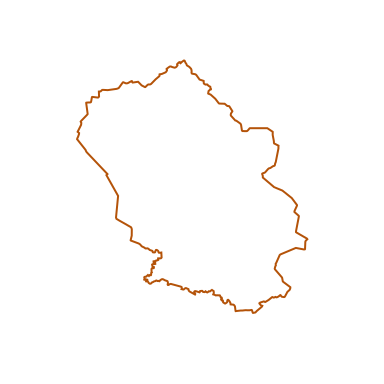 an SVG outline of Tomsk, rotated 40°
{"feature_id": "RUS-2167", "entity_name": "Tomsk", "entity_type": "Region", "adm_level": 1, "iso_a3": "RUS", "parent_name": "Russia", "parent_adm1": "", "projection": "orthographic", "projection_center": [83.174, 58.364], "detail": "fine", "context": "isolated", "style": "outline", "palette": "amber", "viewbox_px": 384, "rotation_deg": 40, "n_neighbors": 0, "source": "natural_earth", "source_scale": "10m", "svg_char_len": 5965}
<svg xmlns="http://www.w3.org/2000/svg" viewBox="0 0 384 384"><g transform="rotate(40 192 192)"><path d="M215.1,94.0L215.4,94.3L217.1,96.4L222.0,100.4L223.0,101.5L223.7,102.0L228.5,100.9L229.0,101.6L230.3,103.2L236.9,115.2L237.4,116.8L238.2,118.2L238.3,118.7L238.1,119.2L237.4,120.3L236.6,123.2L235.7,124.5L235.5,125.6L235.4,129.8L235.3,130.3L235.2,130.6L234.3,132.0L234.0,132.8L234.4,133.3L235.7,134.0L237.0,135.4L251.8,135.5L260.3,132.8L272.3,132.5L280.8,134.5L281.0,134.7L281.2,135.0L282.7,140.5L283.2,141.4L283.6,141.5L288.8,141.6L289.4,141.8L290.0,142.8L296.9,155.2L297.5,155.9L298.0,155.9L310.0,153.8L310.7,154.0L310.5,156.2L310.6,156.8L310.9,157.4L315.3,163.1L315.3,163.4L314.8,164.0L307.5,168.1L299.9,182.9L299.7,183.9L302.1,192.2L302.2,193.1L302.5,193.5L303.4,194.3L303.6,195.4L304.6,197.5L305.2,197.9L315.7,199.6L316.2,199.8L319.0,202.1L319.6,202.2L328.5,201.7L328.7,201.9L329.3,202.8L329.7,204.2L329.3,207.2L330.3,211.9L330.4,212.5L330.3,213.0L330.0,213.4L328.1,214.5L327.1,214.4L326.2,214.1L325.9,214.2L325.8,214.5L325.6,215.7L325.4,216.6L324.7,218.1L324.3,218.5L323.4,218.7L322.8,219.9L322.4,220.4L321.0,220.9L320.9,221.3L320.1,225.4L318.9,229.0L318.7,229.3L317.6,229.5L317.3,229.7L315.3,232.9L315.1,233.9L315.3,234.1L317.4,234.5L318.2,234.4L319.0,234.0L319.2,234.5L319.2,235.3L318.1,241.5L318.0,243.5L316.5,245.4L315.9,245.3L313.9,244.0L313.4,244.1L312.1,245.6L308.7,248.4L306.9,250.3L305.3,251.7L302.0,255.2L301.8,255.1L298.4,252.0L297.0,251.6L296.1,251.7L293.8,253.3L292.7,252.3L291.0,251.6L289.3,251.3L288.9,251.4L288.7,251.8L288.7,252.1L288.9,252.6L289.6,253.5L289.7,254.0L289.6,254.6L289.2,256.0L288.8,256.3L286.8,256.5L285.6,255.4L285.4,255.3L284.7,255.9L283.5,255.7L283.3,255.6L283.2,255.4L283.5,254.5L282.8,253.9L282.4,253.8L281.7,254.2L279.9,253.3L279.1,253.7L278.5,254.4L277.9,254.7L277.4,255.1L276.8,255.9L275.5,256.2L274.1,256.8L274.0,256.5L273.8,255.8L273.6,255.3L272.3,254.0L270.3,254.2L270.2,254.2L270.1,254.5L269.6,256.7L268.7,257.2L268.5,258.6L268.3,259.1L267.9,259.3L266.2,259.4L266.2,259.5L266.2,260.2L266.0,260.6L264.8,261.4L264.4,261.4L263.6,261.1L263.3,261.2L261.9,262.6L262.3,263.7L262.3,264.0L258.5,265.6L258.0,266.0L257.8,266.5L257.8,266.9L258.0,267.2L259.7,267.8L260.1,268.1L260.2,268.6L254.0,269.8L252.8,269.6L251.7,268.7L249.1,269.5L248.8,269.9L248.5,270.6L248.3,272.0L247.9,272.4L246.4,273.1L246.2,272.3L245.3,271.7L245.1,271.5L244.2,271.7L234.9,276.0L234.4,276.5L233.7,278.4L233.2,278.7L232.7,278.4L232.3,277.5L231.9,277.0L231.3,276.5L230.5,276.1L230.1,276.2L228.1,277.0L226.1,277.4L225.5,277.7L225.1,278.0L224.5,279.4L224.4,279.8L224.4,281.0L224.3,281.4L223.4,281.7L222.8,282.4L221.7,282.6L221.4,282.9L221.2,283.8L220.4,284.8L220.1,285.9L219.5,286.9L219.4,287.3L219.5,287.8L219.5,288.2L218.9,289.2L218.5,289.4L217.3,289.5L215.7,288.9L215.4,289.0L214.6,289.8L214.3,290.0L214.1,289.9L214.0,289.5L214.4,288.7L214.5,288.3L214.3,288.0L213.9,288.0L212.5,288.7L212.0,289.8L211.9,289.9L211.7,289.8L211.7,289.4L211.6,289.1L210.4,288.2L210.2,287.9L210.3,287.5L210.5,287.1L211.3,286.3L211.6,283.9L213.0,284.0L213.0,282.8L213.9,282.3L214.0,282.2L214.0,281.9L213.8,281.6L212.7,280.1L212.7,279.9L212.9,279.4L212.1,278.9L210.7,277.3L210.4,276.8L210.4,276.2L211.6,275.0L211.6,274.8L211.5,274.5L211.0,274.0L210.2,274.5L209.9,274.6L208.1,273.3L208.1,273.0L208.5,272.6L208.7,272.2L208.5,271.7L208.6,271.3L209.0,271.0L209.7,271.2L210.1,270.7L209.1,269.7L207.9,270.6L207.4,270.2L207.1,269.8L208.6,268.1L208.6,267.9L208.5,267.6L208.6,267.4L209.5,266.5L209.8,265.9L209.8,265.6L209.1,265.2L208.7,264.6L210.5,263.1L210.7,262.9L210.9,262.3L210.8,261.7L207.4,258.1L206.6,259.1L205.6,259.8L205.2,259.7L204.4,259.1L203.7,258.9L202.8,258.9L202.0,259.2L201.7,259.5L201.7,259.8L202.0,261.0L202.4,261.7L202.4,261.9L202.3,262.2L201.8,262.7L200.9,263.3L200.6,263.3L199.8,262.7L199.4,262.6L196.8,263.6L195.6,263.5L194.6,263.6L194.1,263.8L192.9,265.0L192.4,265.2L191.4,265.2L188.4,265.9L185.9,265.5L184.3,265.7L176.4,268.5L176.0,268.4L173.9,264.2L169.8,259.2L168.7,258.5L167.9,258.2L154.7,260.6L151.4,261.1L150.2,260.4L137.9,242.5L115.6,234.1L115.7,232.6L85.7,229.2L84.3,228.7L83.5,228.2L70.0,225.4L69.6,224.5L69.3,223.2L68.2,220.2L67.6,219.4L65.7,219.4L63.9,211.9L62.8,210.2L61.5,209.7L61.4,208.8L62.0,200.4L62.0,199.5L61.7,199.1L53.8,191.9L53.6,191.6L54.1,190.9L56.3,189.0L56.6,188.6L56.8,188.2L56.4,187.2L54.5,183.9L54.4,183.4L54.7,183.1L59.3,180.1L59.5,178.7L56.1,174.9L57.3,173.7L57.6,171.5L58.4,170.8L62.0,168.1L67.9,161.5L68.6,160.4L69.0,159.5L69.0,158.6L68.6,153.2L68.6,152.6L68.7,152.2L69.1,152.0L71.4,151.3L72.4,150.5L73.0,149.5L73.9,147.1L74.4,145.9L74.8,145.7L75.6,146.3L76.2,146.3L79.6,142.5L79.9,142.2L84.9,142.7L88.5,141.9L88.8,141.6L89.1,138.6L89.4,137.7L90.8,136.5L91.0,136.0L91.2,135.5L91.7,129.0L92.5,124.3L92.4,123.8L91.6,122.9L91.5,122.7L93.0,121.0L93.3,120.4L94.9,117.2L94.9,116.7L94.8,115.5L94.6,114.8L94.3,114.5L93.5,114.2L93.4,114.1L93.6,113.0L94.3,110.3L94.8,109.7L95.4,109.3L96.3,109.1L98.7,108.0L99.1,107.5L99.4,106.9L99.6,106.2L99.5,104.3L99.3,104.1L98.6,103.9L98.4,103.5L98.6,101.2L98.8,100.9L99.1,100.4L99.8,100.8L100.4,100.8L100.5,100.3L100.5,99.5L101.1,97.0L101.2,96.6L101.5,96.3L102.0,96.2L104.0,97.2L105.1,97.4L106.7,98.3L109.5,97.9L112.0,98.2L112.8,98.6L114.0,99.6L114.9,100.9L115.6,101.3L116.0,101.3L118.6,99.8L119.3,99.6L120.1,99.6L125.5,101.0L129.5,99.4L131.1,101.1L131.4,101.3L133.2,101.1L134.3,100.0L134.6,99.8L134.8,99.8L135.4,100.1L136.1,99.9L136.9,100.0L138.3,99.6L138.6,99.8L139.4,100.6L140.2,100.8L140.5,101.1L140.5,101.4L140.1,101.8L140.0,102.2L139.8,104.0L141.0,106.1L141.3,106.2L143.6,105.4L149.9,105.6L155.4,106.8L155.8,106.8L156.2,106.6L160.3,103.4L163.8,103.4L165.0,102.5L165.6,102.4L170.9,104.1L171.1,104.3L171.3,106.3L171.4,106.8L172.0,107.9L172.4,108.3L172.8,108.5L179.2,109.4L180.1,108.9L185.2,108.5L186.5,109.1L190.6,112.7L191.1,112.9L191.6,112.8L194.7,110.3L195.0,109.9L195.2,108.8L195.2,106.7L195.2,106.2L195.5,105.8L208.7,94.7L215.1,94.0Z" fill="none" stroke="#b45309" stroke-width="2"/></g></svg>